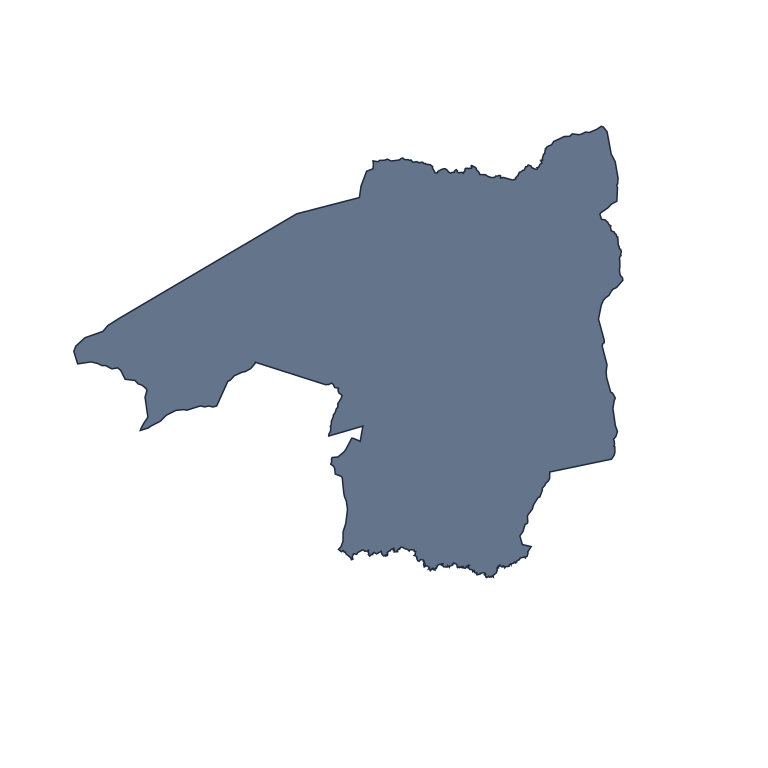 the district of Bia West, Western, Ghana, rotated 73°
{"feature_id": "2480657B58435284570364", "entity_name": "Bia West", "entity_type": "district", "adm_level": 2, "iso_a3": "GHA", "parent_name": "Ghana", "parent_adm1": "Western", "projection": "orthographic", "projection_center": [-3.037, 6.569], "detail": "fine", "context": "isolated", "style": "filled", "palette": "slate", "viewbox_px": 768, "rotation_deg": 73, "n_neighbors": 0, "source": "geoboundaries", "source_scale": "gbopen_adm2", "svg_char_len": 6165}
<svg xmlns="http://www.w3.org/2000/svg" viewBox="0 0 768 768"><g transform="rotate(73 384 384)"><path d="M207.9,96.9L202.2,99.2L201.1,101.0L202.7,106.2L203.5,114.2L202.0,117.5L202.8,122.6L202.6,124.6L199.8,130.9L201.4,134.0L200.0,139.2L201.7,150.9L204.2,153.7L204.7,158.5L205.9,160.2L206.5,160.4L206.3,160.9L210.8,163.1L210.9,164.2L215.0,166.8L216.2,166.8L216.0,168.5L216.6,168.0L217.2,168.8L218.6,168.3L219.1,168.7L219.5,170.5L222.0,172.9L221.8,174.4L222.4,174.2L223.3,174.9L223.1,176.0L220.5,179.2L218.5,179.7L216.7,182.1L218.0,183.7L217.6,185.0L220.5,187.4L220.3,188.8L221.2,191.3L221.0,192.6L223.7,195.0L225.5,198.1L226.6,198.3L226.5,201.4L221.4,209.4L221.0,212.3L219.0,211.6L218.5,212.2L218.1,213.3L218.4,214.8L217.8,216.3L218.7,217.7L218.1,220.8L215.5,224.3L213.5,225.8L211.7,231.1L209.2,231.3L206.1,233.0L205.5,232.7L203.8,233.1L200.7,236.2L200.9,237.0L202.8,236.8L203.3,237.3L202.6,239.3L202.8,240.5L202.1,241.0L201.6,242.9L202.0,243.6L204.6,244.8L204.6,245.8L205.6,246.7L204.5,247.3L203.7,251.1L202.5,251.9L201.5,251.5L200.1,252.3L200.9,254.3L202.1,255.0L201.5,257.4L201.9,258.6L199.9,260.5L198.3,260.8L196.2,262.3L195.7,263.4L195.6,266.0L196.4,270.3L197.7,271.1L197.3,273.2L191.5,274.5L190.3,273.9L187.9,275.6L186.1,279.5L185.3,279.7L184.8,281.5L183.3,282.1L182.6,284.6L183.0,285.5L180.9,287.6L180.4,291.5L177.6,292.7L177.8,294.0L176.6,295.1L175.5,298.6L173.4,299.9L173.4,301.9L174.2,303.8L172.9,311.9L169.9,315.1L170.2,317.9L168.9,322.6L169.6,324.9L167.4,329.3L170.8,329.9L175.0,331.6L175.4,338.4L188.0,348.1L198.5,353.0L195.7,417.8L243.7,617.7L247.3,630.9L251.5,637.4L252.3,656.4L257.7,667.7L262.1,671.1L275.2,671.1L277.2,657.7L280.8,651.6L283.9,648.4L284.9,645.0L290.0,639.8L290.7,634.0L294.0,631.8L303.8,630.2L307.8,621.1L312.0,619.1L314.5,615.6L318.5,613.1L320.1,612.5L321.2,612.8L326.8,616.4L346.7,619.5L350.9,624.7L355.2,629.2L357.2,630.6L357.1,622.0L356.1,619.2L354.2,608.8L350.2,601.3L348.4,590.7L350.0,582.8L351.4,580.4L351.3,566.0L353.5,562.2L353.8,558.0L356.0,554.3L356.1,550.4L335.8,532.6L335.5,530.1L332.4,524.8L331.2,516.2L331.6,513.2L330.3,507.0L326.8,501.5L325.6,500.7L367.5,440.2L368.3,437.3L367.9,433.9L369.4,432.7L372.9,432.2L374.7,428.7L376.6,429.9L379.5,429.7L382.5,427.4L385.3,429.3L389.3,433.9L392.7,435.0L393.8,436.9L397.1,439.1L398.7,441.4L400.3,442.0L404.4,445.3L407.4,446.3L408.9,447.7L410.8,447.8L413.5,449.0L415.7,451.3L417.6,452.1L418.1,416.5L431.8,423.5L427.0,429.2L426.4,430.7L435.4,439.6L437.2,442.1L440.3,449.4L439.1,455.1L439.8,455.9L443.2,456.9L445.1,458.4L447.7,456.4L450.1,455.9L455.9,456.9L459.8,452.0L461.1,451.3L476.2,454.3L479.8,454.7L485.2,454.3L493.3,455.6L505.9,461.2L513.4,466.3L522.7,469.3L527.3,473.0L528.8,475.9L531.9,473.9L531.4,471.6L533.2,471.2L533.2,470.3L535.3,470.0L540.3,466.7L542.5,466.6L542.5,465.0L539.7,464.8L537.5,462.6L538.9,459.9L537.5,458.4L536.5,453.5L536.6,452.3L538.1,451.5L538.8,449.6L538.6,447.4L540.2,448.4L541.5,447.9L542.4,448.8L544.5,448.0L543.4,445.7L543.8,444.8L542.7,444.4L542.6,443.2L541.5,442.8L542.3,442.7L544.3,440.8L543.2,435.5L546.2,435.8L548.4,434.6L548.5,432.9L549.1,432.6L549.0,431.1L548.1,431.6L548.4,430.8L547.7,430.1L546.2,430.2L545.2,427.9L545.5,427.1L544.3,425.7L544.0,423.0L545.3,423.5L545.0,422.8L546.1,422.7L547.5,423.5L548.2,420.8L548.3,419.9L547.1,420.0L546.0,418.1L546.6,417.5L545.0,415.8L545.7,413.8L547.8,412.1L548.9,409.9L551.1,408.8L550.3,407.7L550.4,406.4L551.6,403.7L552.6,404.1L553.8,402.7L554.6,403.5L556.1,403.9L556.8,405.3L557.6,404.0L559.2,403.3L560.6,403.7L563.0,403.3L563.8,402.2L562.8,400.7L562.9,399.3L564.1,397.8L565.3,397.5L565.4,398.2L567.0,397.7L567.8,398.9L570.2,399.0L569.3,397.7L570.5,398.2L570.2,397.3L570.6,396.0L572.4,394.5L573.0,394.3L573.8,395.3L573.7,394.6L576.1,394.3L574.4,391.6L574.7,390.9L575.7,391.3L576.8,389.6L575.7,389.6L575.7,387.9L574.9,387.9L574.5,386.7L573.1,386.1L572.7,383.1L573.8,382.1L573.0,382.0L572.8,381.4L573.1,380.3L573.9,381.1L576.2,380.5L577.5,377.3L576.5,376.3L577.3,376.3L577.1,375.7L578.3,375.1L577.5,374.7L577.2,371.2L576.4,371.1L576.5,370.6L575.1,369.4L576.1,369.7L576.5,368.2L578.4,367.1L580.4,367.6L581.3,367.1L580.7,365.7L581.7,365.3L581.3,363.0L581.8,361.4L582.5,361.5L582.6,362.7L584.0,360.2L583.4,358.7L582.4,358.5L582.6,357.4L581.8,356.1L582.5,355.4L582.8,356.5L584.3,357.5L584.7,356.7L586.3,356.2L587.7,353.7L589.3,354.0L588.6,351.8L589.8,353.0L591.2,352.0L591.8,350.7L592.1,351.2L593.7,350.9L593.9,347.5L592.7,346.9L593.5,347.0L593.3,345.1L593.9,343.6L594.8,342.4L595.5,342.4L595.8,343.7L596.3,343.1L599.0,342.8L599.1,342.3L598.5,342.2L598.9,340.9L598.4,340.2L599.7,339.4L599.2,337.9L599.9,337.8L599.7,336.7L600.6,335.9L599.1,335.7L597.3,331.6L595.2,330.2L593.2,329.8L593.3,328.5L592.4,328.9L591.9,328.0L592.8,327.3L591.5,327.7L591.0,326.1L591.7,326.2L593.5,324.6L593.6,323.6L592.8,323.2L593.3,322.5L595.1,322.3L594.3,321.2L594.9,317.7L594.0,317.7L593.0,315.6L594.1,315.3L593.2,314.9L593.2,312.2L592.5,311.6L593.6,310.5L592.8,310.2L593.1,309.2L591.8,308.4L591.6,305.9L590.3,304.9L590.5,300.6L591.5,299.8L590.7,299.6L590.8,297.7L587.8,295.7L586.6,295.6L582.5,290.8L578.0,298.6L569.0,298.5L565.7,294.2L559.7,290.2L559.1,287.6L557.9,286.8L552.3,285.5L551.0,284.3L547.0,278.7L542.9,276.0L537.6,269.7L537.6,268.0L531.9,263.6L529.8,263.0L528.1,259.9L526.3,258.4L524.7,255.0L522.9,253.3L516.6,251.2L522.4,188.3L519.3,184.7L517.0,183.2L511.4,181.6L510.7,182.4L509.4,181.3L506.3,180.5L504.1,180.8L502.0,177.6L497.7,174.6L491.3,174.9L474.2,172.2L467.2,168.7L465.0,166.9L459.5,168.1L458.0,169.6L442.8,169.2L437.3,168.0L430.8,165.1L412.1,164.3L409.7,163.3L408.9,161.3L406.6,160.6L384.6,159.9L371.9,153.0L368.2,149.8L366.5,147.1L364.8,142.6L363.1,141.1L360.4,137.6L359.7,133.4L354.6,125.2L352.2,124.9L349.1,126.3L344.3,125.7L340.7,124.1L334.6,122.3L333.0,122.3L330.9,120.9L330.6,119.8L328.8,119.6L326.9,118.4L324.4,118.3L323.5,119.4L321.6,118.9L319.6,119.3L311.8,117.5L311.4,118.3L308.8,118.3L307.3,119.3L306.1,119.3L304.0,121.8L299.8,121.7L299.2,120.8L297.1,122.4L294.9,122.7L291.4,124.8L290.3,127.8L284.6,127.9L283.7,126.7L280.9,118.1L278.4,113.8L277.3,107.9L264.5,103.3L261.9,103.4L260.8,102.0L255.6,100.0L238.9,97.9L230.6,99.5L207.9,96.9Z" fill="#64748b" stroke="#1e293b" stroke-width="1.5"/></g></svg>